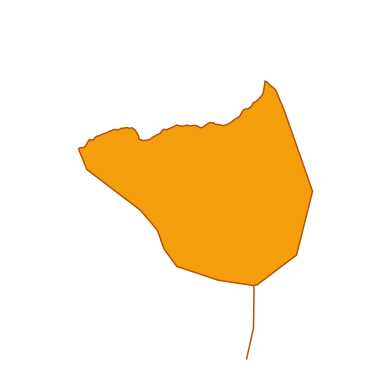 Shendi, River Nile, Sudan (Equal Earth projection), rotated 24°
{"feature_id": "16777658B52401836398535", "entity_name": "Shendi", "entity_type": "district", "adm_level": 2, "iso_a3": "SDN", "parent_name": "Sudan", "parent_adm1": "River Nile", "projection": "equal_earth", "projection_center": [33.672, 16.371], "detail": "fine", "context": "isolated", "style": "filled", "palette": "amber", "viewbox_px": 384, "rotation_deg": 24, "n_neighbors": 0, "source": "geoboundaries", "source_scale": "gbopen_adm2", "svg_char_len": 2818}
<svg xmlns="http://www.w3.org/2000/svg" viewBox="0 0 384 384"><g transform="rotate(24 192 192)"><path d="M213.6,61.1L214.4,63.1L216.3,71.0L216.8,73.2L216.5,75.0L216.2,77.2L215.7,77.9L215.6,78.5L213.8,82.9L212.0,85.3L211.6,86.0L211.6,89.1L211.2,89.9L209.5,93.2L207.2,94.3L205.4,96.5L204.9,101.3L204.7,103.7L200.9,109.4L200.5,110.0L199.7,111.7L197.8,114.6L197.1,115.4L195.8,117.0L195.1,117.5L194.4,118.1L193.6,118.6L191.4,119.2L189.9,119.3L187.8,119.9L185.5,120.8L183.6,120.0L182.9,120.6L181.5,120.8L180.9,120.9L180.1,121.3L178.7,122.8L176.0,127.8L175.3,128.6L174.8,129.0L173.8,129.8L173.1,129.8L171.8,129.7L168.5,129.5L167.0,130.4L165.5,131.3L164.7,131.8L163.5,132.4L163.0,132.6L161.7,132.7L160.5,132.8L156.8,135.5L155.7,136.3L153.5,136.6L150.9,137.0L148.9,139.4L147.0,141.6L143.3,145.6L141.2,146.0L140.4,146.7L139.7,147.6L139.1,151.4L138.3,152.2L135.9,155.1L133.6,158.3L132.1,161.2L129.0,163.4L127.1,164.5L125.9,165.1L124.8,165.1L122.7,165.4L122.2,165.3L121.4,164.1L120.2,162.3L116.4,159.6L114.6,158.5L112.5,158.1L111.1,157.8L109.2,159.1L108.0,159.3L107.0,159.5L105.6,160.1L103.7,161.3L102.8,162.1L101.5,162.5L101.0,163.0L99.3,165.4L96.0,166.2L92.2,169.9L90.0,172.5L87.7,174.6L85.7,176.6L85.0,177.7L82.2,179.9L81.1,182.3L80.7,184.3L79.0,185.4L77.0,185.8L76.4,188.7L76.1,193.5L74.7,195.5L71.7,197.2L70.8,198.8L71.1,199.1L71.3,199.3L72.1,200.1L72.3,200.3L73.0,201.0L73.8,201.7L74.2,202.1L75.8,203.7L76.7,204.5L82.8,210.4L84.3,211.8L84.7,212.2L86.8,214.2L89.7,214.9L100.3,217.4L116.8,221.3L123.5,222.9L146.2,228.2L150.4,229.2L151.8,229.6L153.3,229.9L153.7,230.2L154.0,230.5L154.6,230.8L154.9,230.9L157.3,232.0L159.2,232.9L161.6,234.1L165.0,235.7L175.9,241.0L179.0,244.2L186.5,252.2L189.5,255.3L197.1,259.7L208.4,266.2L233.5,263.7L237.6,263.3L239.0,263.2L251.5,262.0L252.9,261.6L254.1,261.3L255.8,260.8L258.4,260.1L266.4,257.9L282.0,253.6L286.4,252.4L288.9,257.2L289.3,258.1L289.5,258.6L293.0,266.8L299.6,282.2L303.5,291.3L309.9,323.0L305.9,303.2L303.5,291.3L299.6,282.2L293.0,266.7L292.5,265.7L290.8,261.7L289.5,258.6L289.3,258.1L288.9,257.2L286.4,252.4L286.8,252.1L289.5,250.1L290.9,247.3L294.9,240.2L295.6,238.8L300.1,230.7L301.3,228.4L302.6,226.2L303.4,224.6L304.5,222.5L304.6,222.4L305.2,221.4L306.0,219.9L306.2,219.6L306.6,218.8L307.0,218.2L307.3,217.7L308.1,216.1L308.8,214.9L309.4,213.8L309.5,213.7L309.7,213.4L309.8,213.1L310.0,212.9L310.3,212.3L310.6,211.8L310.7,211.6L310.9,211.3L310.9,211.2L311.0,211.0L311.1,210.9L311.2,210.7L311.3,210.5L311.4,210.4L311.5,210.1L311.6,209.9L311.9,209.4L312.0,209.3L312.1,209.1L312.2,208.9L312.3,208.8L312.3,208.7L312.5,208.5L312.6,208.2L312.7,207.9L313.0,207.6L313.0,207.4L313.1,207.2L312.8,205.0L309.4,185.5L301.8,142.2L297.2,137.4L271.4,110.0L267.5,105.8L243.3,80.2L226.5,64.4L220.9,63.0L215.7,61.0L213.6,61.1Z" fill="#f59e0b" stroke="#b45309" stroke-width="1.5"/></g></svg>